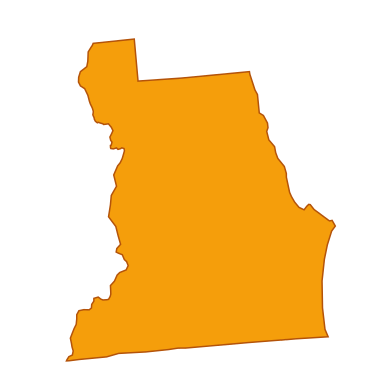 Del Norte, California, United States of America, rotated 175°
{"feature_id": "52423323B27137211377014", "entity_name": "Del Norte", "entity_type": "district", "adm_level": 2, "iso_a3": "USA", "parent_name": "United States of America", "parent_adm1": "California", "projection": "mercator", "projection_center": [-123.792, 41.691], "detail": "fine", "context": "isolated", "style": "filled", "palette": "amber", "viewbox_px": 384, "rotation_deg": 175, "n_neighbors": 0, "source": "geoboundaries", "source_scale": "gbopen_adm2", "svg_char_len": 1970}
<svg xmlns="http://www.w3.org/2000/svg" viewBox="0 0 384 384"><g transform="rotate(175 192 192)"><path d="M69.0,35.9L71.5,43.6L72.1,65.2L70.2,92.1L66.0,113.4L61.8,127.5L56.3,140.9L52.2,145.6L54.9,151.5L57.4,151.2L58.3,151.8L71.9,163.9L75.3,169.1L76.8,169.5L78.9,167.8L81.9,164.5L86.8,167.4L90.7,173.1L93.3,178.7L94.8,183.1L96.7,198.5L96.4,202.2L97.8,209.4L103.6,218.0L105.2,223.9L105.8,230.0L110.9,237.2L112.3,245.9L110.7,249.4L110.8,254.1L114.2,262.0L118.1,264.9L118.3,283.4L120.4,288.2L124.1,304.2L124.3,306.9L192.5,306.4L236.1,307.2L236.2,349.4L277.5,348.7L278.6,346.6L279.7,345.3L283.2,340.6L284.4,331.3L285.9,326.0L292.7,321.6L294.9,316.2L295.5,311.4L293.9,307.4L289.9,304.3L287.3,297.4L286.3,291.4L285.6,288.6L284.0,284.4L283.3,281.1L283.6,279.0L284.0,278.1L283.9,276.9L283.5,275.8L283.0,274.4L283.0,273.2L282.1,270.9L280.3,269.2L279.4,269.6L276.4,268.3L274.9,267.8L274.3,267.0L273.0,267.0L269.3,267.2L266.7,263.4L265.4,260.0L267.2,256.8L269.0,253.9L268.5,250.6L267.4,248.7L268.3,245.8L269.2,245.5L269.3,243.3L269.1,242.4L266.6,241.8L263.4,242.5L262.0,240.9L259.4,241.4L258.1,242.1L255.9,241.2L255.7,238.9L257.2,235.0L258.6,231.4L261.0,227.4L263.8,224.5L268.5,215.8L266.7,204.3L272.7,195.6L274.4,186.2L277.3,174.6L270.9,164.3L269.4,154.9L267.7,146.1L271.8,142.3L272.8,138.8L270.7,137.5L266.9,135.6L265.3,130.6L263.2,128.3L262.0,124.2L264.4,120.1L271.0,118.1L273.8,115.8L277.0,110.0L281.4,105.9L281.6,100.5L281.8,97.3L282.6,95.1L284.5,92.3L286.5,92.1L290.1,92.2L292.1,93.2L294.6,95.5L299.0,94.6L299.3,91.8L301.7,88.8L302.3,85.2L304.7,83.6L310.1,84.2L315.0,83.6L317.5,79.8L317.9,75.5L318.9,70.2L321.3,66.3L323.7,61.5L325.9,57.0L325.3,51.9L325.0,48.1L324.2,44.0L325.4,40.0L329.0,38.7L331.2,35.8L331.8,34.7L329.1,34.6L318.7,35.0L291.4,35.2L279.1,37.6L254.7,36.8L252.2,36.7L229.0,37.1L219.6,37.7L216.8,37.5L216.6,37.5L212.0,37.1L148.7,37.1L116.3,36.8L115.9,36.7L111.2,36.8L110.9,36.7L101.3,36.7L69.0,35.9Z" fill="#f59e0b" stroke="#b45309" stroke-width="1.5"/></g></svg>